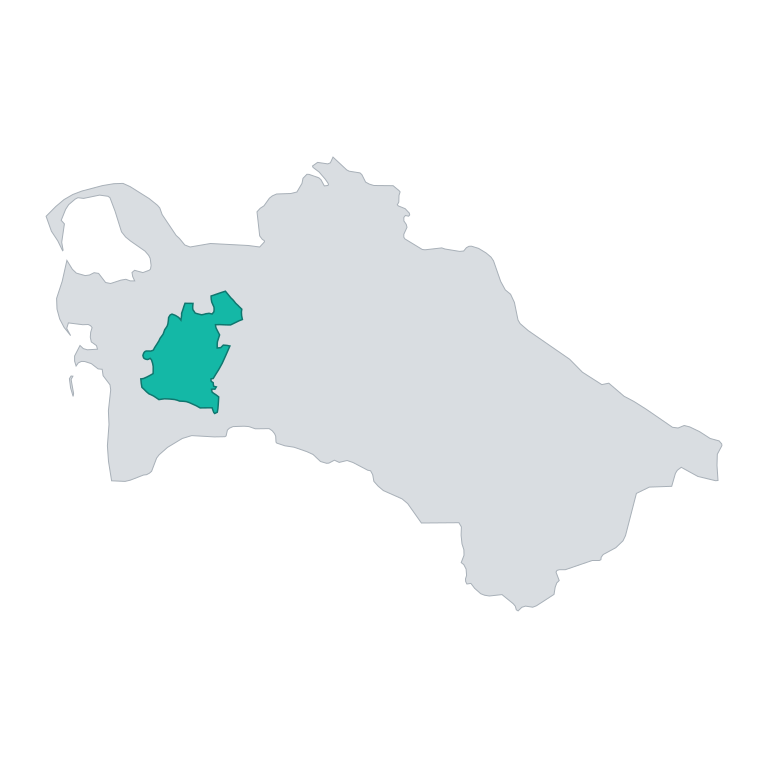 location of Bereket, Balkan, Turkmenistan
{"feature_id": "10190150B43473123823457", "entity_name": "Bereket", "entity_type": "district", "adm_level": 2, "iso_a3": "TKM", "parent_name": "Turkmenistan", "parent_adm1": "Balkan", "projection": "natural_earth1", "projection_center": [55.542, 39.495], "detail": "fine", "context": "in_parent", "style": "filled", "palette": "teal", "viewbox_px": 768, "rotation_deg": 0, "n_neighbors": 0, "source": "geoboundaries", "source_scale": "gbopen_adm2", "svg_char_len": 6122}
<svg xmlns="http://www.w3.org/2000/svg" viewBox="0 0 768 768"><path d="M210.5,243.5L248.2,245.5L259.7,247.0L264.5,241.8L264.2,240.5L262.4,239.5L259.7,235.9L257.0,211.8L260.2,208.3L264.0,205.8L269.4,198.2L272.3,195.9L276.6,194.0L290.9,193.5L296.9,192.0L302.0,183.4L303.0,178.3L306.9,174.3L309.1,174.4L318.8,177.8L320.9,179.6L324.3,185.9L327.9,185.5L328.5,184.4L328.0,183.1L325.2,179.1L319.1,172.0L313.1,167.5L312.5,166.0L317.6,162.4L327.8,163.9L330.4,162.8L333.0,157.1L346.7,169.9L349.2,171.2L360.0,172.9L361.9,174.7L365.6,182.1L369.3,184.1L373.9,185.5L393.1,185.7L399.1,190.7L400.1,191.9L399.0,195.4L398.8,202.1L397.3,204.8L398.3,205.9L405.2,208.7L409.3,213.1L409.7,214.9L408.6,216.2L405.4,215.5L403.8,217.5L403.9,221.0L406.2,224.3L407.0,227.3L403.8,234.3L403.8,237.2L404.9,238.9L422.3,249.5L425.1,249.8L441.8,247.9L444.9,249.0L459.6,251.4L463.7,251.0L466.4,247.7L469.0,246.3L471.5,246.2L478.6,248.4L486.0,252.9L491.0,257.1L493.5,260.8L500.7,281.5L505.3,289.9L510.6,294.3L514.4,302.4L518.0,320.0L520.1,323.6L528.2,330.6L569.7,359.3L582.4,372.2L601.8,384.6L608.8,383.2L624.1,396.3L633.8,401.4L646.3,409.3L672.5,427.3L678.1,428.0L684.2,425.5L689.7,426.9L699.5,431.6L710.2,438.5L719.1,440.9L721.7,443.9L721.9,445.6L717.3,454.3L717.0,465.5L718.0,480.5L715.6,480.7L698.0,476.5L681.2,467.3L677.3,470.3L675.4,473.4L671.7,486.3L649.3,487.1L636.4,493.4L625.5,535.6L623.0,540.8L615.8,547.7L603.2,554.5L601.2,557.2L600.9,559.7L599.3,560.5L592.2,560.5L565.3,569.7L559.4,569.7L557.0,570.4L556.0,572.1L559.2,580.5L556.8,582.9L555.2,587.1L554.0,594.4L536.4,605.8L532.7,607.2L525.5,606.1L521.8,607.3L518.1,610.9L516.3,609.8L515.3,606.2L513.3,603.8L502.0,594.6L489.3,596.0L484.5,595.2L480.7,593.7L474.7,588.4L470.9,583.4L466.9,584.0L465.7,581.6L465.5,578.9L466.6,575.5L466.1,569.1L463.8,564.6L461.2,562.6L464.0,555.3L463.9,549.8L462.0,543.9L461.1,535.3L461.4,526.9L458.9,522.7L421.4,523.0L407.7,503.6L402.1,498.9L383.4,490.6L378.2,486.2L373.9,481.4L372.7,474.7L370.6,470.8L367.7,470.2L353.0,462.5L347.1,460.5L339.2,462.4L334.4,460.2L328.9,463.1L326.6,463.3L320.5,461.5L313.1,454.5L307.0,451.7L294.0,447.2L284.9,445.8L276.8,443.1L276.0,442.1L275.7,436.2L274.6,433.7L272.3,430.8L269.1,428.6L255.3,428.8L249.0,426.6L244.0,426.2L233.0,426.6L229.4,428.2L227.4,430.1L226.1,435.9L224.9,436.7L214.3,436.9L191.7,435.6L182.2,438.5L167.5,447.4L159.1,454.8L156.6,458.1L151.6,471.3L149.4,473.2L146.5,474.7L143.6,475.0L130.2,480.2L125.0,481.4L111.6,480.8L108.5,461.3L107.4,445.8L109.0,424.5L108.4,410.8L110.7,389.9L110.0,384.8L103.1,375.7L102.2,369.3L98.1,368.9L91.3,363.6L84.7,361.5L81.4,361.4L78.3,362.9L76.1,366.0L74.6,361.1L74.6,356.0L80.0,345.5L83.3,348.6L87.3,349.8L97.5,349.2L96.5,345.6L91.3,341.9L90.3,337.2L90.7,332.2L92.1,327.6L90.6,325.7L88.2,324.5L82.7,324.7L68.4,322.9L66.7,328.4L70.6,335.6L64.1,327.4L59.7,319.0L57.0,309.1L56.6,298.4L62.2,281.3L66.9,260.4L72.3,269.2L76.3,273.1L85.2,275.6L89.5,275.0L94.1,272.7L98.6,273.4L105.6,282.5L110.6,283.5L121.0,280.1L125.9,279.3L130.2,280.9L134.7,280.9L132.7,276.6L132.0,272.5L134.6,270.3L142.8,272.6L149.3,270.2L150.5,269.1L151.1,265.5L150.2,258.4L148.7,255.4L145.0,251.1L130.5,241.0L125.6,237.0L121.5,231.8L115.0,211.0L110.0,197.8L108.1,196.3L99.6,195.1L83.6,198.4L77.9,197.7L75.2,199.1L68.7,204.6L65.6,209.4L61.2,220.3L64.4,223.9L61.7,242.3L63.1,250.2L62.6,250.7L57.8,240.9L51.4,231.2L46.1,216.3L55.8,206.5L64.0,199.6L72.8,194.5L82.0,191.0L102.5,185.6L113.9,183.7L123.0,183.4L130.1,186.6L149.2,198.6L157.5,205.3L159.8,208.0L162.1,214.5L176.1,235.4L179.4,238.4L184.8,245.0L190.1,247.0L210.5,243.5ZM73.6,393.6L73.1,396.4L70.6,387.9L69.4,378.7L71.1,376.0L72.9,376.2L71.1,379.5L73.6,393.6Z" fill="#d9dde1" stroke="#a8b0b8" stroke-width="1"/><path d="M141.0,378.9L140.8,378.9L141.0,380.6L141.2,383.1L141.9,387.3L144.1,389.4L146.5,391.8L149.0,393.9L150.5,394.5L153.4,395.9L156.0,397.6L158.9,399.6L161.5,399.2L164.6,398.8L169.4,399.0L174.5,399.5L177.2,400.2L179.6,401.1L183.6,401.3L186.3,401.6L189.3,402.6L196.6,405.9L196.7,406.0L200.1,407.9L200.4,407.9L207.7,407.8L212.1,407.8L212.8,409.9L213.8,412.5L214.7,413.5L217.3,412.2L217.9,408.7L218.2,405.0L218.5,400.5L218.7,396.9L216.1,394.9L213.8,393.4L212.1,392.1L211.5,389.3L213.1,389.1L214.9,389.2L215.3,388.6L216.3,386.9L213.7,386.3L213.4,384.9L213.2,382.7L211.3,381.4L210.9,380.1L211.1,378.8L213.2,378.5L216.0,373.9L218.7,369.6L222.2,363.3L225.6,355.8L227.7,351.0L229.9,346.0L227.0,345.4L223.3,345.1L222.0,346.4L220.8,347.6L219.4,347.8L217.2,348.0L217.2,344.4L217.4,341.8L218.8,337.4L219.6,334.9L218.8,333.4L217.3,330.5L216.1,328.1L215.7,326.7L215.5,324.7L219.9,324.6L224.4,324.8L227.8,324.9L230.6,324.9L232.7,323.9L236.6,322.0L239.0,320.8L242.4,319.5L241.6,315.6L241.4,312.0L241.8,309.2L241.6,309.1L240.5,307.9L238.9,306.4L238.5,305.9L236.9,304.4L235.6,303.2L234.0,301.1L232.7,299.6L230.9,297.9L225.4,291.2L221.0,292.6L211.1,296.0L211.1,297.2L211.2,298.4L211.2,299.1L211.4,300.1L211.5,300.7L211.6,301.1L211.6,301.4L211.7,301.9L211.9,302.4L212.1,302.9L212.6,304.0L213.0,305.0L213.4,305.8L214.0,307.2L214.0,307.4L214.1,309.0L214.1,310.0L213.9,311.8L212.1,314.0L209.0,313.3L208.5,313.4L207.2,313.6L206.1,313.7L203.7,314.4L201.5,314.8L198.0,313.9L195.2,313.1L194.1,311.4L192.9,309.7L192.7,308.0L192.7,306.9L192.8,305.4L192.9,304.4L193.0,303.4L185.0,303.3L184.3,305.3L183.9,306.3L183.0,309.3L182.0,312.2L181.6,313.3L181.6,314.3L181.6,315.6L181.3,317.5L180.9,320.1L179.9,318.8L179.1,317.9L178.2,317.1L176.7,316.2L175.6,315.5L173.9,314.8L172.0,314.1L170.5,314.8L170.0,315.2L169.1,316.7L168.6,317.5L168.3,320.9L167.9,323.8L167.2,326.0L166.1,327.7L164.7,329.7L164.4,330.6L163.1,334.2L160.3,338.0L160.0,338.5L158.7,341.3L158.5,341.5L156.9,344.1L155.2,346.7L154.4,348.0L154.0,348.8L153.5,349.9L152.9,350.3L151.6,350.8L150.7,351.1L150.1,351.1L149.2,351.0L147.6,351.0L146.3,351.0L145.2,351.4L144.5,352.0L144.0,352.6L143.5,353.6L143.4,353.9L143.1,354.7L143.1,355.0L142.9,355.6L143.1,356.1L143.2,356.7L143.5,357.5L144.0,358.3L145.0,358.9L145.8,359.2L146.7,359.4L147.6,359.5L148.8,359.1L150.1,358.3L151.5,359.9L152.6,363.3L153.2,366.4L153.2,371.2L153.1,373.6L150.0,375.4L146.9,377.0L143.5,378.5L141.0,378.9Z" fill="#14b8a6" stroke="#0f766e" stroke-width="1.5"/></svg>